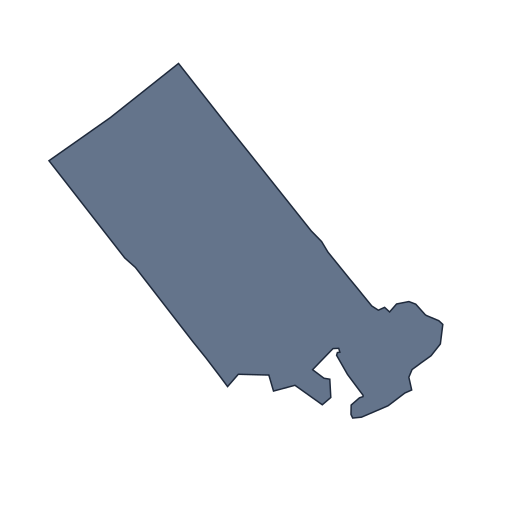 the district of Kent, Rhode Island, United States of America, rotated 53°
{"feature_id": "52423323B26023060829136", "entity_name": "Kent", "entity_type": "district", "adm_level": 2, "iso_a3": "USA", "parent_name": "United States of America", "parent_adm1": "Rhode Island", "projection": "orthographic", "projection_center": [-71.482, 41.683], "detail": "fine", "context": "isolated", "style": "filled", "palette": "slate", "viewbox_px": 512, "rotation_deg": 53, "n_neighbors": 0, "source": "geoboundaries", "source_scale": "gbopen_adm2", "svg_char_len": 1038}
<svg xmlns="http://www.w3.org/2000/svg" viewBox="0 0 512 512"><g transform="rotate(53 256 256)"><path d="M414.7,292.6L414.0,281.4L398.8,271.2L394.5,275.3L382.7,278.7L380.9,279.2L380.7,278.3L376.3,250.4L376.3,250.2L379.5,245.5L383.3,246.9L382.1,249.1L383.8,251.4L405.7,254.2L421.3,254.3L431.7,254.3L432.7,255.2L431.5,258.7L432.3,269.7L439.7,275.5L443.6,276.3L448.2,268.8L455.1,240.6L455.0,219.6L455.5,217.5L456.7,212.3L448.6,208.6L444.8,206.9L442.0,202.1L440.6,199.7L440.7,188.5L440.8,185.2L441.0,176.2L437.2,161.7L423.1,148.0L417.8,148.9L406.1,155.7L404.7,156.2L390.6,157.4L384.4,161.3L378.9,172.6L381.1,183.0L374.4,184.2L372.9,190.9L365.9,193.5L365.6,193.6L350.2,194.2L343.7,194.4L330.5,195.0L296.2,196.2L283.9,194.9L269.2,196.8L169.8,199.4L139.5,200.3L55.6,202.0L55.6,202.6L57.8,289.2L57.8,289.3L57.1,309.6L56.9,316.5L55.3,363.9L55.3,364.0L178.6,362.0L192.5,359.2L286.2,358.0L307.3,357.3L330.3,357.2L343.2,357.3L339.8,341.3L358.8,317.4L374.4,323.3L382.7,302.7L414.7,292.6Z" fill="#64748b" stroke="#1e293b" stroke-width="1.5"/></g></svg>